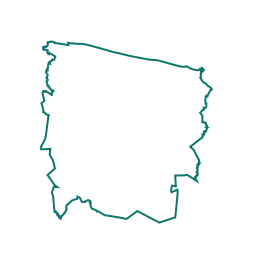 Técpan de Galeana, Guerrero, Mexico, rotated 170°
{"feature_id": "50627088B73770248415585", "entity_name": "Técpan de Galeana", "entity_type": "district", "adm_level": 2, "iso_a3": "MEX", "parent_name": "Mexico", "parent_adm1": "Guerrero", "projection": "natural_earth1", "projection_center": [-100.8, 17.404], "detail": "fine", "context": "isolated", "style": "outline", "palette": "teal", "viewbox_px": 256, "rotation_deg": 170, "n_neighbors": 0, "source": "geoboundaries", "source_scale": "gbopen_adm2", "svg_char_len": 5512}
<svg xmlns="http://www.w3.org/2000/svg" viewBox="0 0 256 256"><g transform="rotate(170 128 128)"><path d="M39.8,153.6L42.2,155.9L42.6,156.4L43.3,157.9L43.5,158.1L45.1,159.3L46.0,160.3L46.9,161.7L47.3,162.7L47.2,163.0L47.5,163.4L47.7,164.2L47.7,164.7L47.6,164.8L47.4,165.3L47.7,165.5L47.8,165.5L47.3,166.4L47.3,166.9L47.2,167.4L46.8,167.8L47.1,168.3L47.1,168.5L46.5,169.7L46.4,169.7L46.3,169.9L46.4,170.8L46.4,171.0L46.2,171.0L46.1,171.3L45.9,171.1L45.7,171.4L44.9,170.6L44.2,170.7L44.0,171.2L43.5,171.8L43.8,172.0L43.6,172.4L43.6,172.9L44.0,173.1L43.9,173.3L44.6,174.0L44.8,174.3L45.2,174.4L45.4,174.4L45.5,174.0L45.5,173.4L45.7,173.1L47.0,172.9L47.2,173.0L47.5,173.5L48.1,172.8L48.3,172.7L48.9,172.7L50.2,173.0L52.3,173.8L54.3,174.7L56.4,176.0L57.4,176.7L58.2,177.5L58.5,177.9L59.1,178.1L60.2,178.8L60.5,178.8L60.7,178.6L61.2,178.4L62.2,178.5L64.4,179.1L65.7,179.5L72.5,182.6L86.3,189.2L88.8,190.1L93.1,191.0L98.9,193.0L112.5,198.2L121.0,201.8L124.5,203.5L128.1,204.8L130.5,205.9L141.2,211.2L152.1,216.3L155.1,217.6L158.6,218.8L164.7,220.0L169.9,221.5L172.1,222.3L172.2,220.0L175.9,221.3L179.1,222.3L179.4,222.4L179.5,222.6L181.4,223.2L185.5,224.4L185.4,225.3L188.9,226.6L189.2,226.1L191.1,226.3L191.5,226.0L191.9,226.5L192.4,226.1L192.3,224.8L192.8,224.0L192.6,223.4L194.1,222.2L194.8,222.0L195.3,222.5L195.5,222.2L196.2,222.5L196.3,222.1L197.4,222.5L197.9,221.0L197.5,220.9L197.7,220.4L197.0,219.9L197.1,219.5L196.3,219.3L195.4,219.3L194.6,219.1L193.5,218.3L194.0,217.2L194.5,216.4L193.4,215.5L193.7,214.8L192.9,214.3L192.2,215.5L187.2,211.0L188.2,209.1L189.0,208.3L189.0,208.0L190.9,208.5L191.2,207.4L191.5,207.3L192.0,207.4L192.6,207.2L193.2,207.2L193.6,206.4L193.6,206.2L193.7,205.9L193.6,205.1L194.7,206.1L195.0,205.7L195.0,205.1L195.4,204.6L195.3,204.3L195.6,204.1L196.3,201.8L196.7,200.7L196.7,199.9L197.1,198.9L197.2,199.0L197.2,199.6L197.3,199.7L198.0,199.7L198.0,199.1L198.3,198.2L199.2,197.3L197.8,194.0L198.5,193.2L199.2,191.9L199.5,191.8L199.8,191.4L199.7,191.2L199.5,190.9L199.0,190.9L199.1,190.3L198.9,189.9L198.7,189.7L198.7,189.2L199.2,188.5L199.4,188.4L199.4,188.2L199.7,188.0L200.1,188.0L199.8,184.0L199.6,183.9L199.9,183.1L198.4,182.6L198.6,182.1L198.6,181.2L198.2,181.0L197.8,180.5L197.8,180.2L197.5,179.7L197.1,179.5L196.9,179.2L196.8,178.9L196.9,178.6L196.7,177.9L196.2,177.8L196.1,177.7L195.3,178.0L194.9,177.6L196.5,176.2L197.5,175.0L197.5,174.7L197.1,174.5L197.1,174.2L197.4,173.8L202.5,178.7L203.1,177.9L203.3,177.9L204.1,179.0L205.0,179.2L205.5,178.2L206.2,177.2L206.0,173.8L205.6,169.5L207.2,168.5L209.0,167.3L208.5,164.2L208.2,160.2L208.8,158.4L207.4,157.7L206.1,155.4L203.8,154.6L204.6,152.7L210.3,134.4L211.9,131.0L217.3,124.0L217.1,122.0L208.1,120.9L209.7,115.5L207.4,108.3L207.0,100.8L215.4,95.7L210.1,84.4L207.9,82.1L211.2,82.9L214.2,77.8L213.6,73.9L214.9,58.4L214.5,58.5L214.1,58.3L213.7,58.4L213.7,58.1L214.0,57.9L214.0,57.7L213.8,57.2L213.7,57.1L213.3,57.4L212.7,56.8L212.6,56.6L212.9,56.3L212.9,56.0L212.7,55.9L212.2,55.9L212.4,55.5L212.0,55.3L212.2,54.7L212.6,54.5L212.6,54.1L212.2,53.9L211.8,54.2L211.8,53.8L211.6,53.7L211.1,53.5L211.1,53.3L211.3,53.1L211.4,52.8L211.4,52.7L211.1,52.7L211.4,52.1L211.4,51.5L211.1,51.3L210.5,51.4L210.4,50.8L210.1,50.4L209.9,50.8L208.9,52.6L208.7,52.8L207.9,53.1L207.5,53.7L207.0,54.1L206.8,54.1L206.6,54.0L205.9,54.7L205.8,55.1L205.4,55.1L205.1,55.3L204.7,55.7L204.7,56.1L204.3,56.4L204.0,56.9L203.5,57.3L203.1,57.9L202.5,58.5L202.7,59.0L202.8,60.1L202.4,61.1L202.2,61.3L202.0,62.0L202.0,62.4L201.8,62.7L201.4,62.9L200.9,63.0L200.6,63.4L200.2,63.3L199.7,63.6L199.4,64.0L195.6,66.4L190.2,67.1L189.7,69.2L187.6,67.8L186.2,63.1L182.9,62.6L182.5,63.3L179.8,64.0L177.9,62.7L177.9,62.1L178.7,61.6L178.6,60.9L177.7,60.6L178.5,58.5L177.6,54.9L173.6,52.5L173.1,51.0L171.7,51.1L166.1,46.2L154.1,42.1L145.2,38.7L133.3,44.6L113.6,29.4L97.0,31.8L95.3,37.4L90.3,55.9L90.0,58.6L96.3,57.2L96.2,60.2L94.6,63.6L91.0,62.3L89.8,73.0L80.0,71.5L78.1,71.7L74.9,69.0L69.4,63.7L69.7,64.9L70.3,65.2L70.5,65.5L70.6,66.2L70.4,66.5L70.6,66.9L70.3,67.2L70.5,67.4L70.5,67.9L69.1,68.3L69.3,68.9L69.1,69.3L68.6,69.4L68.3,69.6L68.0,69.5L67.7,69.5L67.5,69.9L67.7,70.2L67.4,71.0L67.2,71.0L67.1,71.5L67.6,72.4L67.8,72.1L68.1,72.5L67.5,72.8L67.1,73.4L67.3,73.5L66.8,74.7L66.9,75.2L66.8,76.0L67.0,76.5L66.2,76.8L66.3,77.7L66.5,77.9L65.5,78.8L65.6,79.2L66.1,79.3L66.2,79.5L65.3,80.3L65.0,79.8L64.5,79.7L63.7,80.8L63.4,81.1L64.2,81.5L64.4,81.8L63.5,83.6L67.2,95.2L68.9,97.3L69.9,98.8L56.0,106.1L56.1,106.4L56.0,106.5L55.9,106.7L56.0,106.9L55.8,107.0L55.7,107.3L55.8,108.0L55.7,108.6L55.5,108.4L55.3,108.3L55.0,108.6L54.3,108.3L54.2,108.3L54.1,108.5L54.1,109.4L53.6,109.8L53.7,110.0L53.9,110.9L53.9,111.4L53.7,111.5L53.3,111.6L52.4,110.9L51.8,111.1L51.9,111.3L51.7,111.5L51.4,111.7L51.2,112.4L50.4,113.8L50.2,113.9L50.3,114.1L50.3,114.5L50.2,114.7L50.3,114.9L50.5,114.8L50.5,115.1L50.4,115.1L50.7,115.3L50.2,115.4L50.2,115.5L49.8,116.0L50.0,116.1L49.9,116.5L50.4,117.0L50.3,117.6L50.5,117.8L50.6,118.1L50.4,118.3L50.6,118.6L50.6,119.7L50.7,119.8L51.3,119.9L51.5,119.7L51.6,119.8L51.5,120.2L53.8,120.9L53.3,123.0L53.0,125.0L52.9,125.3L52.7,125.5L52.6,125.9L52.6,126.9L54.3,130.4L51.5,132.7L50.5,132.7L50.4,133.0L50.1,133.0L50.0,133.3L50.0,133.5L49.9,134.3L49.9,134.9L48.4,134.3L47.7,134.8L47.3,135.3L46.9,136.7L46.8,137.7L46.6,138.5L47.4,138.7L47.2,139.6L47.2,141.2L46.0,145.6L45.7,145.8L45.5,146.1L44.9,145.0L44.3,145.2L43.5,146.8L41.9,148.8L40.7,150.7L40.1,150.6L38.7,151.5L39.0,152.0L39.7,152.8L40.0,153.5L39.8,153.6Z" fill="none" stroke="#0f766e" stroke-width="2"/></g></svg>